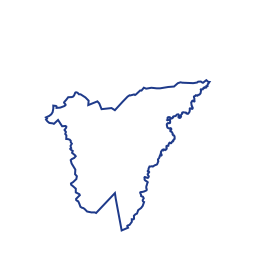 the district of Young, Río Negro, Uruguay, rotated 134°
{"feature_id": "84410073B75635115155614", "entity_name": "Young", "entity_type": "district", "adm_level": 2, "iso_a3": "URY", "parent_name": "Uruguay", "parent_adm1": "Río Negro", "projection": "albers", "projection_center": [-57.732, -32.654], "detail": "fine", "context": "isolated", "style": "outline", "palette": "blue", "viewbox_px": 256, "rotation_deg": 134, "n_neighbors": 0, "source": "geoboundaries", "source_scale": "gbopen_adm2", "svg_char_len": 5554}
<svg xmlns="http://www.w3.org/2000/svg" viewBox="0 0 256 256"><g transform="rotate(134 128 128)"><path d="M125.0,85.2L124.7,84.9L124.2,84.9L124.1,85.0L123.7,85.5L123.6,85.9L123.6,86.2L123.7,86.4L123.6,86.7L123.5,86.9L122.8,87.1L122.3,87.7L121.7,87.9L121.2,87.8L120.8,87.9L119.8,88.1L119.2,87.8L118.7,87.5L119.0,86.9L118.3,86.8L118.2,86.6L118.0,86.1L117.8,86.2L117.5,86.1L117.0,85.6L116.8,85.6L116.6,85.8L116.4,85.7L115.7,86.0L115.2,86.6L115.2,86.8L115.2,87.0L114.5,87.6L114.2,87.8L113.9,87.7L113.5,87.4L113.2,87.0L112.8,86.6L112.6,86.7L112.0,87.2L110.9,87.7L110.1,87.9L109.8,87.9L109.5,87.8L109.3,87.0L109.4,86.9L109.1,86.5L108.9,86.4L108.6,86.4L108.1,86.6L107.2,86.8L106.8,86.5L106.7,86.6L106.3,86.4L106.0,86.4L105.9,86.6L105.8,86.9L105.6,87.0L105.2,87.0L104.8,86.8L104.2,87.1L103.6,86.9L103.4,86.9L102.1,88.2L101.6,88.9L101.4,89.9L101.6,90.1L101.8,90.3L101.7,91.4L101.4,91.7L100.9,92.0L100.6,93.3L100.4,94.0L100.8,94.8L100.9,95.2L100.8,95.5L100.2,95.9L99.5,95.8L98.9,95.9L98.4,96.6L98.5,97.2L98.6,97.4L98.9,97.6L99.3,97.6L99.6,97.8L100.1,98.9L100.3,99.8L100.2,100.2L98.8,102.3L98.1,102.8L97.0,102.8L96.4,102.4L96.2,102.2L96.2,101.9L95.8,101.7L95.6,101.4L95.4,101.3L94.9,101.4L94.5,101.9L94.1,102.1L93.3,103.1L93.4,104.1L93.8,104.2L94.1,104.5L95.0,104.9L95.1,105.2L95.1,105.3L94.6,105.2L94.3,105.3L94.2,105.5L93.8,105.9L93.5,106.4L93.0,106.7L92.2,106.6L91.6,106.0L91.3,105.6L91.3,105.1L91.1,104.9L91.1,104.7L91.4,104.6L91.4,103.6L90.9,103.2L90.7,103.2L90.1,102.9L89.6,103.1L89.1,102.9L88.6,103.4L88.4,103.4L88.2,103.2L87.9,103.2L87.6,103.1L86.7,102.3L86.2,102.1L85.7,102.0L85.1,102.2L84.6,102.2L84.3,102.1L84.1,101.8L83.8,101.7L83.6,101.4L83.3,101.4L83.2,101.1L83.2,100.8L83.5,100.2L83.5,99.8L83.9,99.6L84.3,99.4L84.8,99.3L85.0,99.4L85.3,99.0L85.2,98.5L85.0,98.0L84.7,97.7L84.3,97.5L83.7,97.5L82.8,97.9L82.8,98.2L82.1,98.8L81.4,99.0L80.7,98.9L80.1,99.0L79.8,99.4L79.3,99.7L79.0,99.6L78.4,99.3L78.1,99.0L78.0,98.6L77.2,97.8L77.0,97.5L77.0,97.1L76.5,96.6L76.6,95.8L76.8,95.7L76.6,95.3L76.5,95.1L76.1,94.7L75.3,94.7L73.6,95.0L73.4,95.1L72.8,95.6L72.4,95.8L71.1,97.1L70.9,97.1L70.7,96.6L70.1,96.3L69.9,96.0L69.9,95.4L69.8,95.2L69.5,95.0L69.0,95.1L68.5,95.5L68.5,95.9L68.2,96.2L68.1,96.9L67.7,97.4L67.5,98.0L67.4,98.0L67.2,98.4L66.6,99.2L65.8,100.2L65.5,100.3L65.1,100.3L64.4,100.6L63.7,100.6L63.4,100.5L63.3,100.4L63.4,99.9L63.4,99.6L63.1,99.4L62.8,98.7L62.6,98.7L62.4,98.8L62.3,99.2L61.9,99.6L60.7,100.7L60.2,101.7L59.6,102.4L59.1,102.4L58.3,101.9L57.8,102.0L57.3,102.0L57.0,101.5L57.0,101.2L56.9,101.0L56.7,101.0L56.5,100.5L56.0,100.4L55.7,100.5L55.3,100.5L54.8,100.0L54.2,99.8L52.7,99.9L50.4,101.4L49.8,102.4L49.7,102.4L49.6,101.8L49.5,101.7L48.7,101.7L48.2,101.1L47.6,101.3L47.3,101.2L47.2,101.4L47.0,101.5L46.6,101.3L46.6,101.0L46.3,100.9L46.2,101.0L46.0,101.4L45.6,101.3L45.5,100.7L45.1,100.2L44.6,99.9L44.4,100.1L44.2,100.4L44.0,100.5L43.2,100.1L43.1,100.5L42.8,100.3L42.4,100.1L42.2,100.4L41.5,100.9L41.0,101.1L40.8,101.0L40.2,101.0L38.9,101.3L38.3,101.4L39.1,102.4L39.2,104.9L43.4,105.5L43.8,106.6L44.0,107.9L45.9,109.7L47.3,109.9L50.4,112.2L57.6,120.3L58.7,122.0L61.2,123.3L66.2,123.7L70.5,127.5L77.2,132.5L79.6,135.0L82.0,138.1L82.9,139.2L85.8,141.3L87.1,142.3L88.0,144.6L91.7,144.3L92.5,145.3L98.3,145.6L99.4,145.9L99.6,146.9L103.2,149.1L103.4,149.6L105.7,150.1L112.8,150.1L124.3,149.8L125.1,153.7L132.8,160.1L130.3,165.7L130.1,168.5L139.1,172.5L135.7,175.3L135.6,179.9L136.7,185.5L137.8,186.7L137.7,188.8L138.4,190.2L139.2,190.5L142.0,189.4L143.5,189.3L144.8,189.9L147.4,192.4L150.7,192.0L153.5,191.9L154.2,191.6L154.5,189.2L155.0,188.8L156.4,189.0L160.4,190.9L163.2,193.4L162.1,194.4L162.2,195.2L163.8,197.3L165.8,195.3L169.0,193.2L171.5,192.7L174.1,193.1L177.4,194.4L177.5,192.8L178.9,192.8L179.2,190.6L179.0,188.1L176.9,185.3L176.5,184.2L170.8,183.9L172.5,176.6L170.0,174.4L169.8,173.4L170.7,172.7L173.5,172.3L174.0,169.9L175.9,169.0L176.1,167.2L178.8,164.8L177.6,163.3L176.9,161.8L177.0,160.3L178.0,159.3L178.3,157.5L180.6,157.0L181.3,156.2L181.9,154.9L183.2,155.0L183.3,154.2L182.9,151.8L184.7,151.0L184.4,147.0L184.6,146.0L186.9,145.9L189.6,146.9L190.9,146.9L192.7,143.9L194.5,137.0L198.0,134.0L198.2,131.3L200.6,129.7L205.0,129.9L207.5,130.5L208.3,129.5L208.1,127.3L207.9,123.4L209.1,122.3L210.6,120.8L209.4,117.0L209.8,116.0L215.0,116.1L215.8,115.3L215.7,113.9L215.3,112.9L216.2,110.6L217.7,107.5L217.4,105.9L216.6,104.4L216.4,103.0L216.5,99.4L214.0,95.5L211.8,93.3L211.3,91.9L183.9,92.2L187.3,87.8L206.1,61.4L199.7,58.7L199.0,60.5L198.4,60.5L196.6,59.6L192.8,60.1L191.0,61.9L189.9,60.6L189.1,60.6L187.0,62.8L184.8,62.7L183.3,62.1L180.0,63.6L176.5,63.0L173.9,63.3L170.1,65.0L170.3,65.8L170.3,66.4L170.0,67.0L169.5,67.4L167.6,67.9L167.1,69.4L167.1,69.6L167.7,70.7L167.8,71.4L167.4,71.6L167.0,72.2L166.4,73.7L166.1,74.3L165.7,74.5L165.2,74.3L163.7,73.0L163.1,72.8L162.7,72.4L160.1,71.4L159.6,71.5L159.0,72.0L158.5,73.2L157.1,74.4L155.8,74.9L155.5,75.2L154.4,75.7L153.3,76.1L153.2,76.5L153.7,78.9L153.7,79.8L153.6,80.2L152.7,81.1L152.2,81.8L151.7,81.9L151.2,81.3L150.5,79.5L150.2,79.2L149.9,79.0L149.4,79.0L148.4,79.4L148.2,79.7L148.2,80.3L148.0,81.0L147.6,81.8L146.9,81.8L145.6,82.1L145.1,82.1L144.9,82.3L144.9,82.6L145.3,83.1L145.5,83.4L145.4,83.8L145.1,84.0L144.3,84.0L144.0,84.1L142.8,85.1L140.7,85.8L140.5,85.6L140.4,85.3L139.9,84.9L138.8,84.2L138.7,83.6L138.4,83.3L136.4,82.9L134.3,81.9L133.8,81.9L132.4,82.4L131.8,82.8L131.1,82.9L130.6,83.5L130.3,84.1L129.8,84.6L129.4,84.7L128.3,84.7L127.5,84.9L127.1,85.2L126.9,85.2L126.5,85.5L125.6,85.9L125.0,86.1L124.8,85.8L125.0,85.2Z" fill="none" stroke="#1e3a8a" stroke-width="2"/></g></svg>